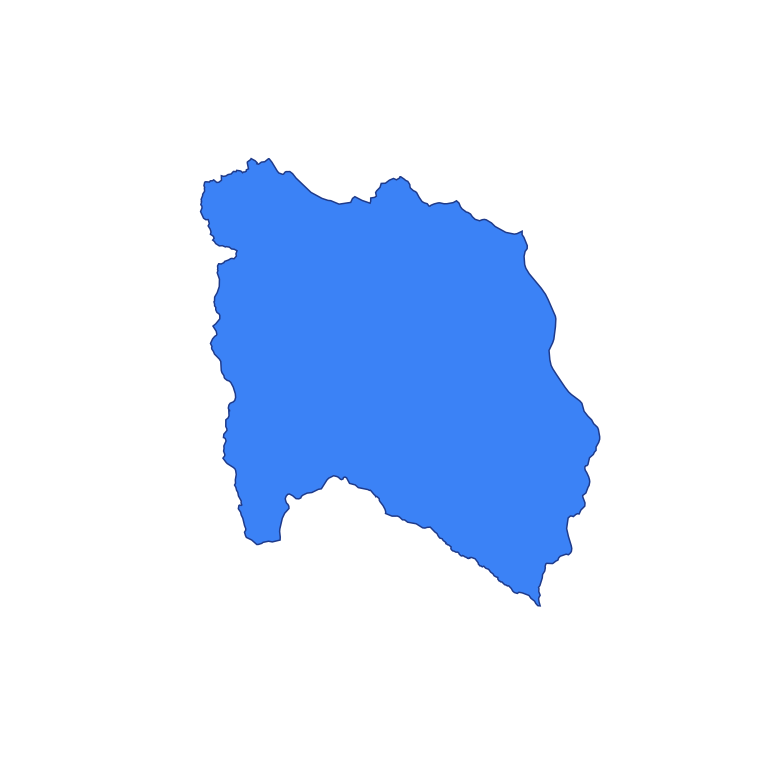 Suaza, Huila, Colombia, rotated 319°
{"feature_id": "7082276B29582947964512", "entity_name": "Suaza", "entity_type": "district", "adm_level": 2, "iso_a3": "COL", "parent_name": "Colombia", "parent_adm1": "Huila", "projection": "equal_earth", "projection_center": [-75.841, 1.869], "detail": "fine", "context": "isolated", "style": "filled", "palette": "blue", "viewbox_px": 768, "rotation_deg": 319, "n_neighbors": 0, "source": "geoboundaries", "source_scale": "gbopen_adm2", "svg_char_len": 6171}
<svg xmlns="http://www.w3.org/2000/svg" viewBox="0 0 768 768"><g transform="rotate(319 384 384)"><path d="M588.5,359.3L583.0,357.8L580.7,356.4L575.4,349.5L571.2,338.0L570.8,333.0L568.9,327.2L567.7,325.6L565.8,324.4L563.2,323.5L560.8,319.5L560.4,315.8L560.8,312.5L559.9,309.6L558.9,308.2L557.8,303.1L558.0,300.4L559.3,296.6L558.9,293.3L555.2,292.5L549.7,289.2L547.5,287.3L545.0,283.9L543.6,282.8L540.0,281.0L536.7,279.9L535.4,279.9L534.7,279.2L534.9,276.3L533.3,273.8L532.4,271.3L533.0,266.1L534.2,260.9L533.9,259.3L533.0,257.3L532.5,253.4L533.0,252.2L534.3,250.4L534.9,246.7L533.8,244.3L533.8,243.2L532.6,238.6L532.0,238.1L530.9,238.7L527.4,238.1L526.0,235.1L521.8,233.7L516.8,233.4L513.5,230.8L510.0,233.0L505.2,233.4L503.3,234.0L501.5,237.2L499.4,237.0L496.0,234.9L493.9,237.3L492.1,238.4L487.9,231.1L484.9,223.5L482.0,223.3L478.0,225.1L468.1,218.8L464.1,210.7L462.2,208.7L459.0,203.3L454.6,191.5L452.7,170.9L453.0,165.3L452.3,161.9L449.3,159.4L448.1,159.2L445.9,159.7L445.0,159.2L443.1,155.8L443.1,153.5L444.9,143.1L445.1,138.8L444.6,138.2L439.8,138.0L437.0,136.1L433.5,135.8L432.5,134.3L433.4,133.8L433.2,130.9L431.6,126.7L430.4,127.1L426.6,126.8L425.9,127.4L422.9,132.7L420.6,132.1L419.7,133.0L418.1,132.7L417.0,131.8L415.9,131.8L415.8,129.9L415.3,128.8L413.0,126.1L411.7,126.7L409.8,124.8L406.4,125.2L403.7,123.6L401.0,123.2L399.0,121.9L397.9,120.1L395.0,123.6L391.7,123.4L390.0,122.2L389.4,118.2L387.8,118.0L386.2,116.7L384.8,117.1L381.8,114.1L381.9,114.3L381.0,114.1L378.2,116.2L377.7,117.9L376.9,118.4L375.1,120.8L371.7,121.8L370.6,122.9L367.1,124.7L366.6,125.8L365.9,126.3L365.9,126.8L363.4,128.5L363.3,130.2L362.1,131.8L358.7,133.5L356.6,140.5L357.3,143.1L359.2,144.6L357.4,148.3L355.0,149.3L354.4,153.0L353.6,154.9L353.1,155.9L351.2,157.1L352.0,159.9L352.0,161.0L351.3,162.6L349.1,163.0L349.5,165.2L349.1,167.6L350.3,171.7L352.8,173.6L354.2,176.5L355.2,176.9L357.1,179.3L357.5,182.0L359.4,184.1L360.5,187.0L357.7,188.6L356.5,190.6L353.0,191.1L351.6,189.4L350.6,188.8L348.1,188.4L344.1,186.9L342.9,187.4L339.9,186.6L338.1,184.8L335.8,185.7L334.4,187.7L333.3,188.6L333.2,189.4L331.1,190.6L328.6,196.9L323.6,202.4L318.1,205.6L313.2,207.3L310.4,210.3L309.6,210.4L308.6,212.5L307.4,213.9L307.3,215.8L305.7,217.6L304.9,220.3L305.5,223.2L305.0,224.6L302.8,227.1L296.5,228.2L292.9,228.1L292.0,234.1L290.4,236.9L289.5,237.3L287.4,237.0L284.2,237.5L279.6,239.6L278.8,242.8L277.6,243.6L277.0,244.7L276.6,247.6L275.7,250.2L276.1,257.1L275.6,259.9L270.0,267.1L269.1,269.2L268.7,272.6L267.6,274.4L267.5,275.6L268.0,278.3L269.1,280.1L269.4,282.2L268.2,287.4L265.4,293.8L263.2,296.8L260.6,298.5L258.5,298.6L255.3,297.6L253.2,298.1L250.7,300.0L250.1,301.3L250.2,302.5L249.8,302.9L249.3,302.4L246.2,306.3L244.2,307.3L241.1,307.3L236.7,312.3L236.0,314.7L235.0,316.0L230.2,316.8L227.7,319.1L228.2,319.8L228.4,321.1L227.4,323.4L222.5,325.7L220.9,327.8L218.9,329.4L217.7,332.6L216.7,333.7L213.8,334.3L213.4,339.7L213.5,341.3L215.6,348.3L215.8,350.5L215.2,352.1L213.1,355.4L208.9,358.8L206.8,361.5L204.9,362.2L204.4,364.8L203.0,367.5L202.6,369.8L200.7,373.0L199.5,378.6L198.1,380.0L197.3,382.0L196.5,381.9L195.5,380.6L194.8,380.5L192.2,382.6L191.7,386.6L190.3,389.2L189.4,392.6L185.9,399.3L184.8,402.4L183.6,403.7L181.5,404.3L180.0,407.6L179.5,409.5L181.8,414.9L182.7,421.7L184.0,422.7L187.2,424.1L188.9,424.2L193.7,426.9L196.1,429.9L203.2,433.6L205.3,431.4L208.4,426.9L210.2,425.1L219.2,418.6L224.2,416.4L230.6,415.6L232.0,413.8L232.5,411.8L232.3,410.2L232.9,408.2L234.2,405.8L236.4,404.5L239.0,404.1L240.5,405.0L241.8,408.4L242.4,412.8L244.4,414.8L246.5,415.4L248.0,414.6L250.1,414.7L254.4,415.9L258.4,418.6L265.3,420.4L268.0,422.0L278.0,419.0L280.5,418.8L285.8,420.2L287.8,423.0L288.4,424.5L288.7,427.3L289.2,428.3L290.8,428.8L292.0,428.0L293.5,428.6L294.2,430.2L292.8,436.4L296.1,441.3L296.6,445.3L302.6,453.1L303.2,454.7L304.0,455.2L304.1,456.0L304.0,461.0L304.2,462.3L303.8,463.7L304.6,463.9L304.8,464.4L305.2,467.3L304.1,468.8L303.8,470.3L303.5,475.1L302.5,479.4L301.3,481.8L300.2,482.7L303.4,489.0L307.5,492.5L308.4,494.4L308.8,498.6L310.4,500.1L311.2,503.8L316.6,510.6L318.8,517.9L320.4,519.6L322.5,520.5L325.0,522.4L325.3,529.0L325.9,531.6L325.2,534.3L325.0,536.7L326.4,539.1L326.0,540.8L326.7,544.3L326.0,544.9L326.0,545.4L326.5,546.3L326.5,547.0L327.2,547.8L327.8,550.9L326.4,552.2L326.2,553.5L326.4,555.1L327.2,556.1L327.9,558.0L329.4,559.4L329.5,561.2L329.1,561.9L329.5,564.4L330.1,565.0L330.8,565.0L331.2,565.7L331.7,567.6L332.7,569.3L332.6,570.2L333.4,571.2L333.9,571.1L334.4,571.8L335.0,571.4L336.3,572.4L338.1,575.7L337.8,580.7L337.1,581.7L337.1,584.3L337.8,584.8L338.2,586.5L339.5,586.8L339.8,587.2L339.9,589.7L341.4,592.5L341.1,596.0L341.7,598.7L341.3,601.0L342.2,603.5L343.0,604.6L341.9,606.0L341.7,608.2L342.2,608.9L342.2,609.8L343.1,610.7L343.4,614.6L344.4,616.1L344.6,617.3L345.7,618.1L345.9,621.9L345.3,624.7L345.6,626.9L347.2,629.5L349.2,629.7L351.3,632.3L354.7,638.7L354.3,642.2L355.2,646.7L354.6,649.1L354.6,651.4L354.7,652.3L356.3,653.9L358.1,650.1L359.7,647.6L360.7,646.8L363.2,645.9L364.7,642.1L366.6,640.2L367.2,638.9L369.4,638.4L376.2,634.2L378.7,631.8L382.6,630.6L385.1,628.6L385.9,627.4L388.0,626.0L389.2,626.1L393.3,630.0L393.9,630.2L397.5,630.4L399.7,631.0L401.8,629.8L404.0,629.6L409.8,631.9L411.2,633.9L414.1,633.8L415.7,633.2L417.8,631.3L419.2,628.9L423.2,620.0L427.0,612.9L435.1,605.9L438.0,605.9L439.1,606.9L439.9,608.3L443.2,608.3L444.9,608.8L446.0,610.1L449.9,608.3L455.4,607.9L457.7,605.6L459.9,599.7L460.8,598.5L464.9,598.7L470.2,595.8L472.2,595.1L475.1,592.8L476.2,591.2L477.5,588.5L478.8,584.1L479.3,581.2L480.1,579.6L481.3,578.3L482.7,578.1L483.4,578.7L485.0,578.6L490.7,574.5L495.8,574.5L498.0,573.5L500.5,573.2L502.7,570.7L507.7,568.9L510.5,567.2L512.2,565.3L516.0,558.9L516.7,556.8L516.2,551.5L517.2,547.2L516.8,542.1L517.1,535.9L520.7,528.4L520.7,525.3L518.5,514.8L518.1,511.2L518.5,504.9L520.3,490.5L521.3,483.5L522.3,479.6L525.0,474.6L530.6,466.9L538.4,463.5L541.6,461.6L550.9,453.3L556.4,447.6L557.8,445.3L563.2,428.1L564.7,422.3L565.5,414.8L565.9,396.0L567.0,389.7L568.5,386.2L573.5,379.5L577.5,376.5L580.8,375.8L582.9,373.6L585.8,365.1L586.2,361.9L588.5,359.3Z" fill="#3b82f6" stroke="#1e3a8a" stroke-width="1.5"/></g></svg>